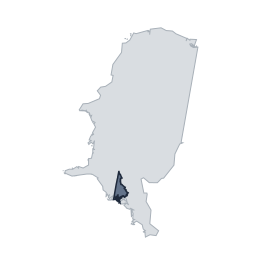 Virginia highlighted on a map of United States of America, rotated 100°
{"feature_id": "USA-3552", "entity_name": "Virginia", "entity_type": "State", "adm_level": 1, "iso_a3": "USA", "parent_name": "United States of America", "parent_adm1": "", "projection": "natural_earth1", "projection_center": [-77.892, 37.995], "detail": "fine", "context": "in_parent", "style": "filled", "palette": "slate", "viewbox_px": 256, "rotation_deg": 100, "n_neighbors": 0, "source": "natural_earth", "source_scale": "10m", "svg_char_len": 8098}
<svg xmlns="http://www.w3.org/2000/svg" viewBox="0 0 256 256"><g transform="rotate(100 128 128)"><path d="M204.8,91.1L218.5,89.9L223.9,80.0L229.1,81.7L229.3,87.8L232.4,91.9L227.2,93.4L227.0,94.5L226.1,93.1L224.8,95.5L220.8,97.2L218.2,103.3L220.5,105.9L222.0,105.6L221.6,104.4L222.1,105.0L222.3,106.3L217.8,107.1L217.0,105.7L216.6,107.6L211.5,108.0L207.6,110.5L208.0,109.1L207.7,108.2L206.6,111.5L207.7,112.1L207.4,114.9L204.8,118.5L202.1,116.3L203.7,114.0L201.8,115.6L202.6,118.1L203.7,119.5L203.9,121.2L200.6,127.0L201.6,123.3L199.1,119.9L200.8,116.2L198.2,117.3L199.1,122.7L196.7,121.1L195.8,121.2L196.6,119.5L196.6,119.0L195.7,120.4L195.7,121.5L199.4,123.6L198.6,124.6L196.9,122.7L196.3,122.4L198.4,124.6L199.3,125.1L198.7,126.5L197.6,125.4L199.4,127.5L198.9,127.8L198.1,126.7L195.8,126.2L198.6,128.2L200.4,128.1L202.2,133.2L200.6,129.3L201.1,131.8L197.7,131.3L200.1,133.8L201.3,133.1L199.8,135.3L196.6,134.5L198.5,135.7L196.8,136.8L198.8,137.7L195.2,138.2L193.3,141.8L189.8,142.8L183.3,149.5L182.4,148.7L179.9,154.8L179.7,156.3L180.6,161.0L185.1,174.8L183.4,182.1L181.0,182.5L178.7,178.6L178.3,175.4L174.9,171.6L176.1,169.9L174.5,170.0L175.2,165.2L171.3,160.4L165.1,161.5L164.1,158.7L158.1,158.5L158.9,157.4L157.8,158.5L155.0,159.0L155.0,156.8L154.5,158.4L146.2,158.8L149.7,159.8L148.4,161.8L151.0,163.7L149.6,164.8L146.7,162.2L146.5,164.2L142.4,163.3L140.2,160.8L138.7,162.1L132.8,160.1L129.2,162.9L130.1,162.1L128.2,161.4L127.2,164.8L123.4,167.0L124.3,166.4L121.9,166.0L122.7,167.2L119.8,168.6L118.6,172.4L117.3,171.8L118.4,172.8L118.4,176.3L119.4,178.4L118.6,179.2L112.0,176.5L110.7,171.4L104.1,161.2L100.5,160.7L96.7,164.7L92.5,162.0L90.9,157.4L85.5,151.9L78.8,151.8L78.7,153.9L68.0,153.9L54.7,147.5L45.5,148.3L44.6,144.8L41.1,141.5L33.4,138.9L33.7,136.4L28.4,125.2L28.7,124.1L29.9,125.5L29.4,123.1L32.3,122.9L26.8,123.2L23.6,112.8L25.4,107.3L24.8,101.1L26.9,97.1L29.6,85.6L32.3,85.9L29.4,85.3L30.8,82.3L29.8,82.3L29.0,75.9L35.6,77.0L33.7,80.4L36.3,78.0L35.6,80.8L33.8,81.5L35.0,81.6L36.4,80.4L37.4,77.6L36.3,73.2L133.0,73.2L133.1,71.5L134.8,74.3L145.5,77.3L156.6,76.3L171.2,84.2L171.8,86.2L176.8,89.6L178.1,97.6L174.3,104.1L176.0,106.3L189.3,101.1L188.8,98.1L190.0,97.6L197.3,97.4L204.8,91.1ZM213.0,109.4L215.2,109.1L207.5,111.0L213.9,108.7L213.0,109.4ZM36.4,75.9L36.9,77.7L36.8,78.0L35.8,76.6L36.4,75.9ZM119.3,177.8L118.6,174.8L118.7,173.0L118.8,174.8L119.3,177.8ZM227.8,93.6L227.8,94.5L227.4,94.3L227.8,93.6ZM140.2,161.7L140.4,162.4L139.7,161.9L140.2,161.7ZM36.2,141.7L37.2,141.3L36.2,141.7ZM35.3,141.4L34.8,141.9L34.6,141.5L35.3,141.4ZM219.9,107.3L219.3,107.9L219.1,107.7L219.9,107.3ZM119.3,171.4L118.7,172.8L120.1,170.1L119.3,171.4ZM183.8,170.3L184.7,173.0L183.7,170.0L183.8,170.3ZM40.7,144.0L41.0,144.7L40.6,144.0L40.7,144.0ZM183.8,182.5L183.0,183.4L184.3,181.6L183.8,182.5ZM202.4,134.9L201.6,135.9L202.3,133.4L202.4,134.9ZM35.7,74.4L35.6,74.9L35.3,74.7L35.7,74.4ZM122.7,167.7L121.3,168.4L122.7,167.5L122.7,167.7ZM222.0,107.5L221.9,108.2L221.3,108.0L222.0,107.5ZM40.4,146.0L40.6,146.9L40.3,146.1L40.4,146.0ZM121.0,168.9L120.5,169.2L120.9,168.7L121.0,168.9ZM203.6,122.3L202.7,123.7L203.7,121.8L203.6,122.3ZM128.8,163.5L127.9,164.0L129.1,163.1L128.8,163.5ZM180.0,155.6L179.9,156.7L179.8,155.9L180.0,155.6ZM199.1,137.9L198.8,138.1L199.7,137.2L199.1,137.9ZM167.4,161.3L166.3,161.9L165.9,161.8L167.4,161.3ZM154.6,158.8L154.4,159.0L153.8,158.9L154.6,158.8ZM177.2,175.5L177.3,176.3L177.0,175.3L177.2,175.5ZM151.9,160.4L151.7,161.1L151.7,159.8L151.9,160.4ZM181.5,184.4L180.9,184.5L181.7,184.3L181.5,184.4ZM207.2,115.4L206.8,116.1L207.3,115.1L207.2,115.4ZM201.0,136.1L200.6,136.4L201.0,136.1Z" fill="#d9dde1" stroke="#a8b0b8" stroke-width="1"/><path d="M200.4,129.8L200.3,129.6L200.3,129.8L185.2,129.8L183.0,129.7L181.0,129.7L179.5,129.6L179.4,129.5L178.5,129.5L178.3,129.6L171.9,129.5L172.1,129.4L172.5,129.3L172.9,129.2L173.2,129.1L173.5,128.9L174.0,128.9L174.0,128.7L174.2,128.4L174.4,128.4L174.9,128.2L175.0,128.1L175.0,127.8L175.5,127.5L175.6,127.4L175.5,127.2L176.9,126.4L178.3,125.2L178.4,125.3L178.3,125.6L178.5,126.0L178.7,126.3L178.8,126.4L179.1,126.4L179.2,126.6L179.4,126.7L179.7,126.8L179.9,126.7L180.1,126.5L180.3,126.5L180.5,126.2L180.7,126.3L181.0,126.5L181.4,126.4L181.8,126.4L182.1,126.4L182.3,126.2L182.3,125.9L182.5,125.8L182.8,126.0L183.6,125.6L183.8,125.6L184.5,125.4L184.5,125.2L184.8,124.9L184.7,124.8L184.5,124.7L184.8,124.0L185.6,123.1L185.8,122.7L185.9,122.3L186.4,121.9L186.4,121.7L186.5,121.5L186.6,121.4L186.7,121.1L186.8,120.8L186.9,120.7L186.9,120.4L187.0,120.4L187.3,120.5L187.5,120.8L187.4,120.9L188.3,121.2L188.6,120.7L188.7,120.2L189.0,120.0L189.0,119.7L189.3,119.2L189.8,119.5L190.3,118.8L190.5,118.9L190.7,118.7L190.9,118.6L191.0,118.4L191.0,118.2L191.5,117.8L191.5,117.3L191.7,117.0L191.7,116.9L191.7,116.6L191.8,116.5L193.6,117.9L194.0,117.0L194.6,117.2L194.7,117.3L195.0,117.4L195.0,117.5L194.8,117.7L194.8,117.8L194.8,118.0L195.1,118.2L195.4,118.2L195.7,118.3L195.8,118.4L195.8,118.6L196.1,118.7L196.3,118.9L196.4,119.0L196.6,119.2L196.5,119.3L196.5,119.5L196.5,119.8L196.2,119.9L196.2,120.0L196.0,120.3L195.9,120.2L196.0,120.1L195.9,120.1L195.8,120.3L195.7,120.4L195.7,120.5L195.5,121.0L195.5,121.3L195.4,121.1L195.6,121.4L195.6,121.5L195.4,121.5L195.8,121.6L196.1,121.5L196.2,121.4L196.4,121.4L196.5,121.3L196.6,121.6L196.7,121.8L196.8,121.9L196.9,122.2L197.0,122.2L197.1,122.3L197.6,122.4L197.6,122.5L197.9,122.4L198.0,122.5L198.1,122.4L198.2,122.5L198.4,122.8L198.5,122.9L198.4,122.9L198.4,123.0L198.7,123.1L199.5,123.6L199.5,123.8L199.4,123.9L199.2,123.8L199.3,124.1L199.3,124.3L199.2,124.3L199.3,124.5L199.2,124.5L199.2,124.8L199.3,124.8L199.2,124.9L198.9,124.8L198.8,124.7L198.7,124.5L198.4,124.4L198.1,124.0L197.9,123.8L197.5,123.5L197.3,123.4L197.2,123.2L196.9,122.7L196.6,122.6L196.5,122.4L196.2,122.3L196.3,122.4L196.5,122.4L196.5,122.6L196.8,122.7L197.0,122.9L197.0,123.2L197.1,123.3L197.4,123.6L197.6,123.9L197.7,124.1L197.9,124.1L198.1,124.3L198.2,124.5L198.3,124.7L198.3,124.8L198.5,124.9L198.8,124.9L198.9,125.0L199.3,125.1L199.2,125.2L198.9,125.2L198.9,125.3L199.3,125.5L199.3,125.3L199.4,125.5L199.5,125.7L199.4,126.2L199.2,125.9L199.0,126.0L198.9,125.7L198.8,125.8L198.7,126.0L198.9,126.2L199.0,126.4L199.0,126.5L198.6,126.6L198.3,126.2L198.2,126.2L198.0,125.8L197.9,125.8L197.7,125.4L197.4,125.3L197.6,125.5L197.7,125.8L197.8,125.8L198.2,126.4L198.7,126.7L199.0,126.7L199.0,126.8L199.1,127.0L199.1,126.9L199.2,127.0L199.3,127.1L199.1,127.3L199.4,127.3L199.4,127.5L199.1,127.7L198.9,127.8L198.7,127.6L198.4,127.3L198.1,127.2L198.1,126.9L198.1,126.7L197.7,126.7L197.6,126.8L197.6,126.7L197.2,126.5L197.2,126.2L197.2,126.3L197.1,126.5L196.9,126.6L196.7,126.3L196.4,126.3L196.4,126.2L196.2,126.3L196.0,126.2L195.9,126.2L195.7,126.2L195.7,126.3L196.0,126.4L196.4,126.4L196.4,126.5L196.6,126.4L196.8,126.6L197.1,126.8L197.4,126.8L197.6,127.0L197.8,126.9L198.0,127.2L197.9,127.4L198.0,127.5L198.3,127.6L198.2,127.7L198.4,127.7L198.6,127.9L198.6,128.1L198.5,128.4L198.8,128.2L199.0,128.2L199.2,128.3L199.3,128.4L199.2,128.3L199.3,128.1L199.2,128.1L199.3,127.9L199.9,128.1L200.1,128.1L200.3,128.0L200.6,128.6L201.0,129.8L200.9,129.8L200.9,129.6L200.7,129.1L200.5,129.5L200.5,129.8L200.4,129.8ZM202.7,123.1L202.5,123.3L202.5,123.5L202.4,123.6L202.5,123.6L202.3,123.9L201.2,125.5L201.1,125.8L200.9,125.9L200.8,126.1L200.7,126.6L200.6,127.1L200.4,126.8L200.4,126.6L200.3,126.4L200.5,126.3L200.4,126.3L200.5,126.0L200.4,126.0L200.6,125.8L200.5,125.6L200.6,125.4L200.6,125.5L200.6,125.3L200.8,125.1L200.6,125.1L200.7,124.9L200.9,124.8L200.8,124.7L201.1,124.6L201.2,124.4L201.2,124.2L201.3,124.1L201.5,124.0L201.5,123.9L201.6,123.6L201.3,123.5L201.5,123.4L201.8,123.1L202.7,123.1ZM200.7,127.2L200.8,127.1L200.8,126.6L200.8,126.4L200.9,126.5L200.9,126.8L201.1,126.8L200.8,127.2L200.7,127.2ZM203.2,123.0L202.9,123.6L202.7,123.8L202.6,123.7L202.8,123.7L202.7,123.6L202.9,123.5L203.0,123.1L203.2,123.0ZM201.8,125.1L201.6,125.5L201.8,125.1ZM201.7,125.6L201.4,126.0L201.6,125.6L201.7,125.6ZM200.6,129.8L200.6,129.7L200.8,129.8L200.6,129.8ZM200.3,123.3L200.3,123.5L200.3,123.3L200.3,123.3Z" fill="#64748b" stroke="#1e293b" stroke-width="1.5"/></g></svg>